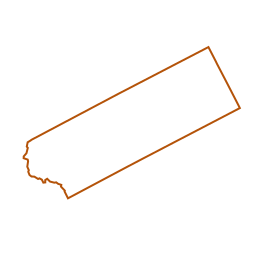 the district of Beaver, Utah, United States of America, rotated 152°
{"feature_id": "52423323B8747070342257", "entity_name": "Beaver", "entity_type": "district", "adm_level": 2, "iso_a3": "USA", "parent_name": "United States of America", "parent_adm1": "Utah", "projection": "orthographic", "projection_center": [-112.824, 38.36], "detail": "fine", "context": "isolated", "style": "outline", "palette": "amber", "viewbox_px": 256, "rotation_deg": 152, "n_neighbors": 0, "source": "geoboundaries", "source_scale": "gbopen_adm2", "svg_char_len": 703}
<svg xmlns="http://www.w3.org/2000/svg" viewBox="0 0 256 256"><g transform="rotate(152 128 128)"><path d="M213.7,104.2L213.2,102.4L213.8,101.7L214.0,94.1L202.9,94.1L146.7,94.1L128.6,94.0L19.9,93.1L19.8,97.2L19.8,97.8L19.7,104.9L19.5,120.3L19.3,143.0L19.2,145.4L19.0,161.7L120.0,162.7L218.9,162.9L219.6,162.7L223.3,162.5L226.1,159.1L225.8,157.5L229.5,153.4L233.4,151.9L234.3,150.3L231.4,147.2L231.8,145.6L235.1,141.1L235.4,137.3L236.6,136.2L237.0,132.8L236.0,130.5L233.5,129.0L231.3,125.2L229.8,125.1L228.3,122.8L228.4,119.5L226.6,118.8L225.5,120.9L223.2,121.1L222.0,117.3L218.7,114.3L216.9,113.7L215.9,111.5L213.6,109.1L214.7,107.7L213.7,104.2Z" fill="none" stroke="#b45309" stroke-width="2"/></g></svg>